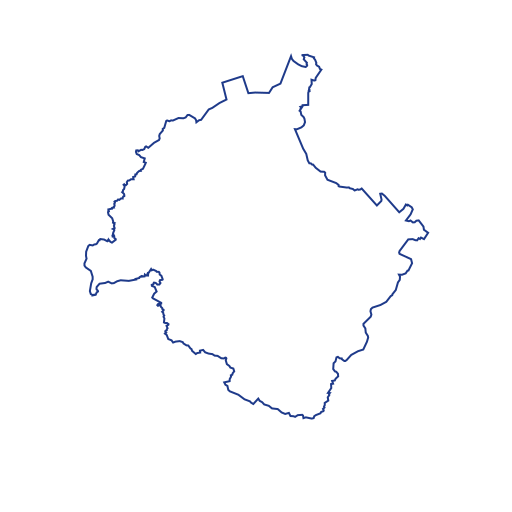 the district of Acaxochitlán, Hidalgo, Mexico, rotated 155°
{"feature_id": "50627088B79111544799343", "entity_name": "Acaxochitlán", "entity_type": "district", "adm_level": 2, "iso_a3": "MEX", "parent_name": "Mexico", "parent_adm1": "Hidalgo", "projection": "mercator", "projection_center": [-98.184, 20.165], "detail": "fine", "context": "isolated", "style": "outline", "palette": "blue", "viewbox_px": 512, "rotation_deg": 155, "n_neighbors": 0, "source": "geoboundaries", "source_scale": "gbopen_adm2", "svg_char_len": 6126}
<svg xmlns="http://www.w3.org/2000/svg" viewBox="0 0 512 512"><g transform="rotate(155 256 256)"><path d="M124.0,178.4L117.6,183.5L116.8,187.6L125.0,197.3L124.8,198.7L123.7,199.9L111.0,206.7L106.9,205.1L104.8,202.9L103.3,202.1L101.1,203.4L100.2,202.1L98.7,203.0L96.6,200.3L90.2,204.3L92.7,208.8L91.8,211.9L93.5,219.5L95.7,220.2L97.9,219.5L99.6,220.1L101.0,222.9L102.7,222.9L105.1,224.8L98.3,228.4L94.2,232.0L94.3,234.4L96.7,238.3L97.6,237.9L98.4,239.3L102.5,236.4L107.7,235.1L113.9,256.1L115.5,259.4L117.1,259.9L118.4,254.0L119.2,252.9L125.1,250.7L131.7,272.5L133.4,272.2L135.1,272.7L135.7,273.5L138.9,273.7L139.9,275.8L142.5,277.9L142.8,278.9L144.7,279.6L151.2,283.8L151.6,284.5L151.1,285.5L152.5,288.2L159.0,294.9L159.3,299.9L158.1,302.3L158.6,303.5L161.8,305.2L164.6,310.7L165.6,314.7L166.5,315.1L167.1,316.7L168.5,317.5L168.7,320.8L167.3,327.3L167.9,333.4L167.1,354.5L165.5,353.6L163.6,353.5L160.5,353.4L157.5,354.2L155.0,356.6L154.1,359.9L154.1,361.7L155.3,364.8L154.5,368.1L155.1,369.2L152.3,370.9L153.0,371.0L152.4,371.6L152.6,372.4L150.8,372.0L150.1,373.0L144.8,370.9L139.7,381.8L138.8,382.8L137.8,382.7L137.5,383.5L139.0,383.5L138.1,383.7L136.4,386.3L135.7,386.3L132.8,388.3L131.2,392.3L129.1,390.4L127.9,390.2L126.6,392.2L118.0,397.3L119.0,398.5L118.8,400.8L120.3,403.0L120.5,404.5L119.7,405.5L119.5,408.8L120.0,410.8L119.4,411.5L123.6,415.4L124.1,416.5L129.8,418.8L128.7,418.1L128.2,415.6L129.6,414.1L128.2,409.6L129.1,408.6L128.9,407.6L129.2,406.9L131.1,406.3L134.4,408.8L136.8,411.9L139.6,416.9L140.2,419.5L139.8,422.3L161.0,401.9L169.6,401.9L175.3,398.3L187.7,404.5L194.1,406.8L192.0,424.6L213.3,427.3L216.6,410.3L224.3,410.1L233.0,408.7L236.9,408.8L248.2,402.6L250.2,403.1L253.5,402.4L252.9,404.3L253.1,406.5L256.9,412.1L258.5,412.7L261.2,411.3L263.6,411.5L267.9,413.8L274.1,413.9L275.6,414.8L277.5,414.7L279.3,416.4L280.3,416.3L285.0,410.9L286.8,410.6L287.4,409.1L291.7,407.2L293.0,405.7L293.6,403.3L294.9,402.1L300.5,401.7L307.9,399.6L309.3,401.8L310.3,401.7L312.1,400.1L314.2,400.1L315.2,400.8L318.3,400.6L318.4,401.7L319.9,402.3L320.8,401.1L321.0,398.8L319.2,396.8L318.5,394.2L315.6,391.5L318.0,388.6L316.5,387.1L317.3,386.3L321.6,382.8L323.9,382.8L324.5,382.5L324.5,381.9L326.1,382.4L328.6,381.6L329.8,380.5L330.9,380.9L331.9,379.2L334.0,379.5L334.5,377.3L336.9,378.4L338.8,378.0L340.3,378.5L341.9,377.5L342.3,375.8L343.9,375.2L345.1,376.1L345.2,376.7L345.9,376.5L345.5,374.8L346.2,373.8L347.2,372.5L348.7,371.9L349.4,370.7L350.3,370.4L349.4,368.2L349.6,366.8L350.1,365.9L351.0,366.1L352.5,365.0L352.6,364.5L354.2,365.2L356.1,364.6L357.1,365.5L358.5,364.8L360.5,365.3L361.3,365.1L361.3,363.9L362.5,363.1L362.6,361.9L363.1,361.1L364.4,360.6L364.4,360.0L365.3,360.3L366.4,359.8L366.6,360.3L367.2,360.0L370.1,360.6L370.4,359.0L370.8,359.3L371.7,358.0L372.2,355.7L370.4,351.0L370.8,347.7L371.5,346.7L370.3,345.6L371.1,345.2L371.0,344.3L372.1,343.3L372.3,341.1L374.2,341.0L373.4,340.1L373.4,339.4L376.0,337.0L376.1,335.7L376.4,336.1L377.5,335.2L377.7,334.2L376.2,333.8L376.8,332.0L376.0,330.6L376.3,330.0L380.9,329.0L382.0,330.4L382.6,332.9L383.1,332.1L383.8,332.2L383.7,332.8L384.6,332.3L386.7,335.1L390.0,337.2L391.1,336.4L391.7,336.8L394.9,334.5L396.2,334.3L397.7,334.8L399.5,334.6L402.1,336.4L403.8,335.9L408.1,331.7L410.0,328.0L410.7,325.2L414.6,321.8L415.5,319.8L415.1,317.6L412.0,312.3L412.8,306.3L413.9,303.9L416.9,300.9L421.4,294.4L421.8,291.4L420.8,289.8L419.8,289.5L420.2,289.2L417.7,288.6L415.7,290.4L414.2,290.6L414.0,291.4L414.6,293.1L414.2,294.2L413.4,295.3L409.5,297.0L404.1,295.3L400.8,295.2L398.4,292.2L396.3,291.5L392.5,291.8L388.9,291.2L381.8,287.2L374.7,285.4L374.7,286.1L371.1,285.4L370.5,286.0L368.0,286.2L367.4,285.7L367.8,285.4L365.6,284.6L364.6,286.1L364.1,284.9L362.1,283.9L361.4,285.2L362.0,285.6L361.1,286.4L360.3,286.2L356.6,288.5L356.5,287.1L355.0,287.1L352.9,284.7L352.7,283.7L350.8,282.7L350.5,281.8L351.1,279.9L350.1,278.1L350.4,274.3L350.8,274.0L353.3,274.7L354.2,273.7L354.0,271.9L355.6,271.0L357.5,271.8L358.0,273.5L359.0,274.6L359.9,275.0L360.9,273.8L362.7,273.9L363.0,272.9L360.9,270.7L361.1,265.8L364.2,264.9L367.6,262.2L367.3,261.2L361.7,253.6L362.0,253.0L364.9,253.9L366.2,253.2L365.9,252.3L363.4,252.0L363.6,249.9L363.0,248.5L363.3,247.3L362.5,246.4L362.8,245.7L364.6,245.1L364.1,243.7L364.6,241.9L364.3,240.9L365.5,240.0L365.4,238.1L367.5,234.7L366.5,233.5L365.0,232.9L364.1,231.2L364.5,230.7L366.6,230.5L366.7,227.9L368.1,227.1L368.3,226.4L370.0,226.2L370.3,225.2L369.9,224.5L371.3,224.1L370.3,222.2L370.6,217.8L368.2,215.3L367.7,212.6L365.1,212.4L361.1,211.1L358.8,208.9L358.7,207.4L356.8,204.4L355.2,203.5L354.5,200.0L353.8,198.9L354.0,197.0L352.0,192.6L350.3,192.9L347.4,192.1L346.8,193.9L343.6,193.2L342.8,190.2L340.2,187.6L337.0,185.5L335.6,183.2L333.0,181.7L330.7,178.0L328.4,176.7L326.8,176.9L326.2,176.4L326.1,175.8L327.5,174.2L328.1,170.3L326.6,167.6L326.4,165.7L324.1,163.6L324.5,160.7L326.7,159.6L327.7,158.4L329.2,158.5L329.6,157.2L331.8,155.6L332.8,153.7L338.2,154.9L338.1,152.2L336.8,150.4L337.7,146.4L336.9,144.4L330.6,137.7L327.0,131.0L322.9,126.8L322.5,125.3L321.0,123.0L314.2,125.8L313.9,123.2L312.2,120.9L311.3,118.0L307.7,114.8L305.9,111.1L301.0,108.1L298.9,103.4L296.3,100.5L292.5,99.9L292.4,96.4L289.8,95.0L288.5,93.7L285.4,94.1L281.2,92.5L280.8,91.5L281.5,89.0L279.0,88.7L274.2,85.1L272.3,84.7L270.9,86.2L268.9,86.5L264.1,86.2L262.9,87.1L260.5,86.9L259.8,87.6L259.9,89.1L258.0,89.7L258.0,90.8L256.7,91.8L255.8,93.8L251.6,94.4L250.7,97.6L248.3,99.0L248.2,100.1L247.1,100.6L248.6,101.5L243.6,104.5L242.1,108.2L240.1,107.7L239.8,110.6L237.2,109.9L235.6,111.2L232.4,112.2L231.5,114.6L232.2,117.2L233.2,118.0L233.8,120.9L231.0,126.0L228.5,126.9L225.9,130.1L224.4,130.0L223.4,127.9L221.6,126.9L221.8,126.2L220.3,123.5L219.4,123.1L217.8,123.4L211.5,126.1L203.7,126.6L198.3,125.9L191.7,131.4L188.8,134.7L188.4,136.3L188.9,140.2L187.5,144.2L188.0,147.5L187.3,149.1L177.7,152.5L176.2,154.1L175.6,157.6L174.3,159.3L172.2,160.0L163.9,159.0L157.3,159.4L150.9,162.7L149.1,162.9L148.5,163.7L143.7,166.1L138.5,172.1L135.8,173.6L134.2,176.4L134.3,178.7L131.6,177.3L127.7,177.0L124.9,178.7L124.0,178.4Z" fill="none" stroke="#1e3a8a" stroke-width="2"/></g></svg>